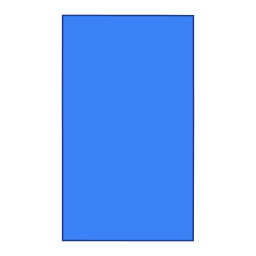 Kossuth, Iowa, United States of America (Mercator projection)
{"feature_id": "52423323B59270943515315", "entity_name": "Kossuth", "entity_type": "district", "adm_level": 2, "iso_a3": "USA", "parent_name": "United States of America", "parent_adm1": "Iowa", "projection": "mercator", "projection_center": [-94.205, 43.204], "detail": "fine", "context": "isolated", "style": "filled", "palette": "blue", "viewbox_px": 256, "rotation_deg": 0, "n_neighbors": 0, "source": "geoboundaries", "source_scale": "gbopen_adm2", "svg_char_len": 307}
<svg xmlns="http://www.w3.org/2000/svg" viewBox="0 0 256 256"><path d="M193.4,15.7L159.5,15.5L159.1,15.5L155.3,15.5L154.8,15.5L116.6,15.5L80.7,15.4L77.1,15.4L62.6,15.4L62.5,108.9L62.6,141.7L62.6,240.5L193.2,240.6L193.5,108.8L193.4,75.7L193.4,15.7Z" fill="#3b82f6" stroke="#1e3a8a" stroke-width="1.5"/></svg>